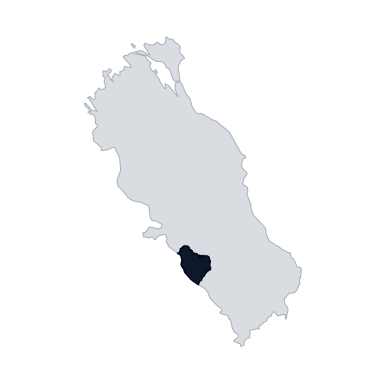 Sanliurfa on a map of Turkey (Natural Earth projection), rotated 59°
{"feature_id": "TUR-3017", "entity_name": "Sanliurfa", "entity_type": "Province", "adm_level": 1, "iso_a3": "TUR", "parent_name": "Turkey", "parent_adm1": "", "projection": "natural_earth1", "projection_center": [38.713, 37.351], "detail": "fine", "context": "in_parent", "style": "filled", "palette": "ink", "viewbox_px": 384, "rotation_deg": 59, "n_neighbors": 0, "source": "natural_earth", "source_scale": "10m", "svg_char_len": 5812}
<svg xmlns="http://www.w3.org/2000/svg" viewBox="0 0 384 384"><g transform="rotate(59 192 192)"><path d="M294.6,139.1L299.7,140.8L301.4,139.5L306.1,139.7L310.3,140.7L312.5,137.8L315.5,138.1L316.1,139.6L317.5,140.1L321.9,143.8L321.4,144.3L322.5,145.6L326.2,146.5L326.6,148.4L329.5,151.2L331.1,155.5L330.3,158.5L328.7,160.4L331.1,166.9L330.4,167.8L335.0,169.9L340.7,169.6L342.6,170.5L348.2,175.6L349.6,177.6L345.7,175.2L343.6,177.3L342.6,182.3L336.6,183.3L337.6,186.5L339.2,188.1L338.7,191.2L339.2,192.4L340.9,194.5L340.7,197.3L341.4,200.2L341.5,203.8L344.1,204.8L342.9,206.5L340.3,213.7L340.5,214.3L342.3,214.4L346.6,217.8L345.9,218.9L346.5,223.5L350.2,226.5L349.6,228.0L349.8,229.5L347.1,228.9L341.8,233.0L341.2,232.9L340.4,231.4L340.2,227.3L338.9,226.2L337.2,226.0L334.2,227.9L331.6,227.8L328.9,227.4L321.8,224.9L319.2,225.8L316.5,224.8L311.2,229.8L309.6,230.3L308.8,227.7L307.0,226.3L304.6,228.2L295.6,230.7L291.4,231.1L286.3,230.2L282.0,230.5L270.6,236.1L259.5,239.1L249.7,238.9L244.3,235.4L240.1,234.5L227.4,239.9L221.2,239.7L219.2,237.5L214.4,236.6L213.4,238.7L212.4,243.8L214.0,248.4L211.3,248.7L209.6,249.7L209.1,253.2L206.7,254.6L205.8,256.7L205.4,256.8L201.5,255.0L202.6,253.3L200.2,246.8L201.4,244.8L206.6,239.6L206.4,236.5L204.3,234.4L197.8,238.2L197.1,239.7L195.7,240.9L193.2,241.3L181.8,236.3L175.0,240.7L169.1,247.1L164.7,249.5L151.9,251.3L149.6,252.5L145.2,251.2L142.6,249.4L136.8,242.1L125.8,236.6L114.0,235.3L112.9,236.7L112.4,242.3L110.3,247.7L109.3,248.2L106.8,246.9L97.6,250.0L89.9,246.5L88.6,245.0L87.0,238.9L85.9,238.4L84.6,239.3L83.3,239.2L77.8,236.6L74.8,236.4L72.9,239.0L70.0,240.1L69.9,239.3L71.1,237.7L66.4,238.0L63.9,239.3L60.6,238.5L60.8,237.8L63.6,236.9L69.9,236.0L74.0,231.9L59.0,232.1L57.6,233.0L57.4,230.9L58.3,229.9L62.2,229.1L62.1,227.3L59.7,225.4L57.1,224.4L56.1,220.0L54.8,218.9L55.0,218.2L57.5,217.5L58.1,214.2L57.8,212.2L53.1,210.5L52.0,210.6L50.9,208.9L48.9,207.7L47.2,208.7L42.4,206.0L43.4,204.1L44.6,204.1L44.9,202.6L44.0,200.1L44.2,198.8L45.2,198.5L46.4,198.7L47.6,200.2L47.6,203.1L48.8,204.8L49.8,203.1L52.0,204.0L55.9,203.2L56.7,202.4L53.8,202.5L52.8,201.8L50.6,197.1L53.1,195.7L54.9,193.4L51.7,191.9L52.5,188.7L49.8,185.0L53.7,180.4L53.6,179.7L52.4,179.4L40.5,181.4L40.4,179.3L41.4,177.5L41.5,173.0L42.1,170.6L44.3,169.9L47.1,166.3L51.7,162.1L56.2,162.2L58.0,161.0L60.7,161.0L61.4,162.6L63.7,163.8L67.9,163.6L69.9,162.5L68.1,160.4L70.5,159.8L72.3,160.3L71.2,162.5L71.8,162.7L77.2,162.1L82.8,162.6L89.0,162.3L89.8,161.6L85.5,159.4L88.4,157.4L90.0,157.0L103.0,155.2L103.1,154.7L95.2,153.7L91.1,151.0L90.1,149.6L91.0,146.1L91.9,145.2L94.8,145.1L104.5,146.6L111.5,145.7L119.1,148.0L126.4,147.5L127.9,146.5L129.8,143.2L140.3,137.6L143.9,134.7L160.1,129.1L184.0,130.0L188.2,127.9L190.6,128.6L189.9,130.0L190.1,131.4L192.9,134.7L197.1,136.7L203.1,135.0L205.2,135.7L207.3,141.0L210.9,144.1L212.6,144.3L214.9,142.5L217.1,142.3L220.6,144.1L221.8,145.9L233.2,148.1L235.6,149.7L243.3,151.3L260.5,147.6L266.8,150.1L272.0,150.9L274.3,150.5L281.2,147.5L283.3,145.8L287.6,144.4L293.0,141.0L294.6,139.1ZM73.9,129.8L73.4,132.1L74.3,134.7L76.6,138.3L78.9,140.1L90.4,145.0L88.6,149.6L85.7,150.3L75.8,148.1L71.7,149.9L68.8,149.5L64.7,150.3L63.4,153.0L60.5,156.2L52.3,160.1L44.7,167.8L42.5,168.8L43.6,166.2L43.6,163.9L46.9,161.2L51.5,159.1L52.7,157.5L41.4,157.8L40.4,155.4L41.6,154.9L45.5,150.7L45.9,149.0L45.7,144.8L50.3,142.5L50.7,141.5L50.2,137.4L46.0,135.0L46.2,133.8L49.2,132.7L51.0,129.9L55.5,129.3L57.6,127.9L61.4,127.2L66.0,130.8L71.7,129.4L73.9,129.8ZM38.8,167.6L34.9,168.2L33.8,167.6L35.0,166.3L38.0,165.5L38.9,166.7L38.8,167.6Z" fill="#d9dde1" stroke="#a8b0b8" stroke-width="1"/><path d="M261.0,238.9L257.6,239.5L256.7,239.6L254.1,238.7L253.2,238.8L252.9,238.9L250.2,239.0L249.0,238.9L248.0,238.3L247.5,237.8L245.7,236.0L244.9,235.5L241.7,234.5L240.6,234.4L240.0,234.5L238.9,234.9L237.3,235.9L237.2,235.7L237.2,235.4L237.2,235.2L237.4,235.1L237.5,235.0L237.5,234.8L237.2,234.5L237.1,234.3L237.1,234.1L237.1,233.6L237.0,233.4L236.6,233.0L236.3,232.7L236.3,232.2L236.5,231.7L236.3,231.4L236.1,231.4L235.7,231.6L235.4,231.5L235.3,231.4L235.1,231.3L234.9,231.4L234.7,231.2L234.7,230.9L234.8,230.3L234.8,229.8L234.8,229.6L234.7,229.4L234.4,228.9L234.3,228.6L234.2,228.3L234.3,228.0L234.4,227.8L234.6,227.8L234.7,228.1L234.8,228.1L234.8,227.6L234.7,227.3L234.5,227.1L234.2,226.9L234.4,226.2L234.5,226.0L234.6,225.9L234.8,225.8L235.0,225.2L235.7,224.4L236.5,223.5L236.7,223.3L237.0,223.3L237.3,223.3L237.6,223.3L237.8,223.5L238.0,223.4L238.5,223.1L238.7,223.4L239.0,223.5L239.7,223.7L239.8,223.7L239.8,223.9L239.9,224.0L240.0,223.9L240.2,223.7L240.2,223.2L240.3,223.1L241.1,223.2L241.3,223.1L241.4,222.6L241.6,222.6L242.6,222.2L243.1,222.5L245.1,222.1L245.5,221.9L246.5,220.9L246.7,220.5L246.8,220.4L247.7,219.6L251.4,219.0L250.5,218.4L250.2,218.0L250.6,217.8L250.8,218.1L251.0,218.1L251.3,218.0L251.4,217.9L251.5,217.8L251.6,217.7L251.9,217.9L252.0,217.9L252.3,217.7L251.9,217.2L251.7,217.1L251.9,216.9L252.3,216.8L252.6,216.8L253.0,216.7L252.8,216.4L252.8,215.9L252.6,215.7L252.4,215.8L251.9,216.1L251.7,216.1L251.8,215.8L252.0,215.6L252.2,215.4L252.5,215.3L253.0,215.4L253.2,215.1L253.1,214.9L253.3,214.6L253.4,214.3L253.4,214.0L253.2,213.7L254.0,213.5L254.2,213.3L254.4,213.0L254.5,212.3L254.5,212.0L254.7,211.8L255.0,211.6L256.0,211.3L256.7,210.9L258.0,211.6L259.3,211.8L260.3,211.8L261.2,212.3L262.3,213.3L263.3,214.2L263.9,214.4L264.4,214.6L265.1,215.2L265.8,215.6L266.0,215.3L266.2,215.0L266.7,215.2L267.1,215.6L267.4,215.8L267.7,215.9L267.9,216.4L267.8,218.6L268.1,220.2L268.2,220.8L268.3,221.1L268.9,222.8L269.5,223.8L270.2,224.7L270.5,227.2L270.9,227.7L271.5,228.1L272.3,229.0L272.5,229.4L272.4,231.1L273.9,233.7L274.6,234.1L273.5,234.9L272.8,235.2L272.2,235.3L271.6,235.5L269.9,236.5L266.4,237.9L261.0,238.9Z" fill="#0f172a" stroke="#020617" stroke-width="1.5"/></g></svg>